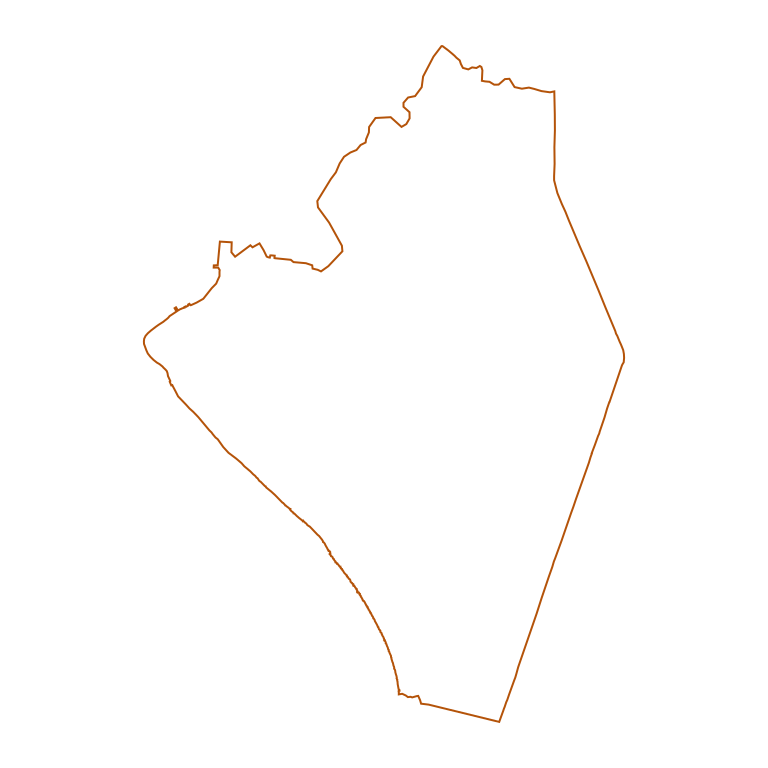 the district of Mjini, Zanzibar West, United Republic of Tanzania
{"feature_id": "72390352B88201413510937", "entity_name": "Mjini", "entity_type": "district", "adm_level": 2, "iso_a3": "TZA", "parent_name": "United Republic of Tanzania", "parent_adm1": "Zanzibar West", "projection": "albers", "projection_center": [39.207, -6.167], "detail": "fine", "context": "isolated", "style": "outline", "palette": "amber", "viewbox_px": 768, "rotation_deg": 0, "n_neighbors": 0, "source": "geoboundaries", "source_scale": "gbopen_adm2", "svg_char_len": 6009}
<svg xmlns="http://www.w3.org/2000/svg" viewBox="0 0 768 768"><path d="M442.5,46.1L441.5,46.1L433.5,56.6L423.1,76.5L421.7,87.2L415.1,96.1L408.1,97.5L403.5,102.8L403.5,106.8L409.5,112.2L409.6,118.4L406.3,124.1L401.5,126.9L390.7,117.2L375.5,118.0L369.1,127.0L368.9,132.4L366.1,139.2L365.6,142.5L360.6,145.0L356.5,150.0L350.4,152.5L344.0,156.8L339.7,163.4L335.9,172.3L330.8,179.1L317.3,201.1L318.0,207.4L329.1,222.6L341.9,245.7L342.4,251.3L328.3,266.2L321.0,271.4L317.7,269.8L312.6,268.6L312.2,265.3L305.9,263.2L293.5,262.1L290.8,259.8L274.8,258.2L274.4,258.0L274.7,255.7L271.7,255.4L270.3,255.4L269.8,257.6L268.0,257.2L266.7,256.6L263.6,250.2L259.5,243.4L252.5,247.3L250.4,245.3L235.1,256.7L231.4,252.3L231.7,242.3L219.9,241.6L217.7,265.2L213.8,265.4L213.7,267.6L218.2,267.6L219.7,270.1L219.5,271.8L219.5,276.2L217.7,280.1L216.2,283.6L211.7,288.2L203.3,298.8L198.9,301.3L196.6,302.6L191.1,305.1L190.5,305.2L189.4,303.8L188.2,304.5L188.5,305.1L188.1,305.7L186.3,306.7L185.9,306.3L184.4,307.0L184.6,307.6L182.1,308.4L181.3,308.8L180.2,309.2L178.0,310.5L176.0,307.3L174.6,308.2L176.5,311.5L169.6,316.1L168.3,317.7L166.6,319.2L165.0,320.4L163.3,321.8L158.6,324.8L155.8,326.8L151.0,330.5L147.9,333.2L145.6,335.8L144.2,338.7L143.9,341.2L144.0,343.9L146.4,350.4L147.8,353.5L150.3,356.7L153.5,359.9L156.9,362.6L159.5,364.1L162.6,366.6L163.3,367.5L165.6,369.7L166.8,371.1L167.5,373.1L168.0,376.1L170.3,381.0L169.7,381.7L171.3,385.4L172.3,385.1L172.7,386.0L175.3,390.9L178.1,396.4L185.9,404.5L189.4,408.4L193.3,411.9L198.2,417.0L209.4,430.4L211.5,432.4L212.7,434.1L215.5,437.5L217.7,439.2L223.3,447.1L228.5,452.8L236.1,458.5L241.6,463.2L244.3,466.3L250.4,471.4L253.2,474.3L255.2,475.9L256.6,477.7L257.5,478.2L259.1,480.6L259.8,481.3L260.5,481.6L265.0,486.2L265.7,486.4L266.1,487.4L271.5,491.8L275.1,495.1L282.5,502.7L283.1,502.9L284.8,504.7L285.2,505.4L285.7,505.5L286.4,506.2L288.6,507.8L289.6,508.8L290.3,508.9L290.1,509.7L290.6,510.0L291.2,511.0L293.2,512.5L293.5,513.4L294.3,513.5L297.0,516.2L298.0,517.0L298.6,517.6L301.9,520.2L302.4,520.7L303.0,520.6L303.0,521.4L304.0,521.5L305.3,522.9L306.3,523.5L307.2,524.9L308.4,525.8L309.8,526.6L317.5,534.7L319.1,536.0L322.1,539.8L322.9,541.1L323.0,542.0L323.9,542.5L324.8,543.7L325.6,545.5L327.3,548.4L327.9,549.8L328.3,549.9L328.6,551.0L329.5,551.1L330.2,552.0L330.2,552.9L330.3,553.3L329.7,553.5L329.6,554.2L330.0,554.6L330.4,554.7L330.7,555.1L331.0,556.1L331.4,556.1L332.6,557.2L333.0,558.6L333.6,558.9L333.9,559.1L334.3,560.3L335.5,561.5L335.3,562.0L335.5,562.5L336.0,562.6L336.6,562.9L336.9,563.5L337.2,563.5L337.2,564.0L337.9,564.2L338.3,564.6L338.6,565.2L339.0,565.6L339.4,566.3L339.9,566.8L340.4,566.7L340.5,567.5L340.7,568.0L341.0,568.0L341.2,568.6L341.4,568.9L342.0,569.0L342.1,569.6L342.5,569.9L342.5,570.4L343.2,571.0L344.1,572.7L346.3,575.0L346.7,575.9L347.0,575.8L347.1,576.4L347.5,576.7L347.6,577.2L347.9,577.2L348.1,577.3L348.7,578.6L349.0,578.9L349.6,579.1L349.8,579.3L350.3,580.2L350.4,580.8L350.4,581.3L350.6,581.8L351.1,582.2L351.3,582.6L351.8,582.8L352.1,583.0L352.2,583.5L352.8,584.1L353.3,584.1L353.5,584.7L353.2,585.3L353.3,585.7L353.4,585.9L354.3,585.9L354.6,586.2L355.2,587.5L356.7,589.0L356.4,589.4L356.7,589.8L357.3,590.6L357.0,592.0L357.3,592.5L357.8,592.7L358.6,592.3L358.9,592.6L359.3,593.3L359.4,594.0L359.9,594.0L359.9,594.5L359.8,594.9L360.0,595.1L360.4,595.6L360.7,595.7L360.8,596.1L360.8,596.7L361.6,597.5L361.8,598.2L362.1,598.6L362.2,599.0L362.7,599.5L362.7,600.0L362.8,600.5L363.3,600.9L363.9,601.0L364.2,601.5L364.4,601.9L364.7,602.1L365.1,603.1L365.6,603.9L365.7,604.4L366.0,604.7L366.3,605.6L366.7,605.7L367.0,606.3L367.2,606.9L367.5,606.9L367.6,607.0L367.4,607.3L367.7,607.6L367.7,607.8L367.9,607.9L368.0,608.3L368.3,608.6L368.6,609.7L369.3,610.3L369.7,611.4L370.0,611.6L370.0,612.0L370.4,612.9L370.8,612.9L370.9,613.4L371.1,613.9L371.5,614.3L372.0,615.8L372.7,616.4L373.3,617.9L373.3,618.4L373.8,618.6L374.7,620.1L374.8,620.9L376.4,623.7L377.3,625.4L377.9,627.0L378.3,627.1L378.7,628.4L379.0,629.3L379.6,629.8L379.7,630.1L380.3,630.6L380.3,631.7L380.5,632.2L381.4,632.8L381.7,634.1L382.1,634.4L382.1,635.0L382.3,635.4L382.6,636.0L383.2,636.7L383.7,638.0L383.8,638.5L384.0,638.6L384.0,639.0L384.3,639.8L384.9,640.2L384.9,640.6L384.6,640.8L385.2,641.2L385.8,642.5L385.7,643.4L385.9,643.6L386.0,643.7L386.5,644.2L386.7,645.2L387.2,646.5L387.7,647.3L388.2,649.4L388.7,649.8L388.7,651.1L389.0,651.3L389.2,651.5L389.4,652.5L390.5,654.9L391.0,655.9L391.0,656.9L391.2,657.6L391.4,657.7L391.5,658.9L392.5,662.2L392.9,662.9L393.3,664.7L393.5,665.8L393.9,666.4L394.2,667.6L394.1,668.6L394.3,669.0L394.5,669.1L395.0,670.0L395.2,670.8L395.4,672.6L395.7,673.5L395.9,674.4L396.4,675.7L396.8,677.7L396.6,678.3L396.9,678.8L397.0,679.4L397.3,679.7L397.2,680.8L397.5,681.4L397.7,684.2L398.6,689.1L399.4,689.9L399.5,690.7L398.7,690.8L398.6,691.5L398.9,693.0L398.8,693.4L398.8,694.4L402.2,693.8L405.8,695.5L407.9,697.1L410.6,696.8L412.2,697.4L416.8,696.1L418.2,695.9L420.1,700.2L421.1,703.7L428.6,704.6L499.2,721.9L503.3,710.6L504.0,708.5L504.6,707.1L506.3,702.0L507.2,700.1L509.1,694.5L514.1,680.6L515.3,677.5L516.4,673.7L518.2,667.1L536.6,613.7L541.6,598.1L548.9,576.5L552.3,566.9L553.9,561.4L555.0,558.7L561.6,540.6L571.1,513.0L573.4,506.7L576.0,499.0L588.9,462.7L590.5,457.3L591.9,453.4L591.7,453.3L594.9,444.9L598.1,435.9L599.2,433.6L599.7,431.6L604.5,417.5L607.1,408.5L609.3,402.1L609.5,402.1L621.8,365.8L622.3,364.6L623.7,362.3L624.1,357.9L623.9,354.0L623.2,350.1L621.0,344.6L619.6,341.6L617.3,335.9L616.0,333.6L615.3,331.1L605.5,307.6L598.7,290.8L586.3,261.2L579.8,246.4L568.9,220.5L565.4,211.7L561.9,204.1L557.4,193.1L554.1,180.3L554.1,176.2L554.6,164.0L554.4,147.3L554.9,130.5L554.8,114.6L554.3,91.4L550.0,92.3L541.5,91.1L534.1,88.9L528.9,87.6L521.9,88.7L514.6,87.1L509.4,78.8L504.9,79.1L498.6,84.6L494.2,84.7L489.5,81.8L485.1,81.4L481.9,80.8L482.4,70.3L481.4,67.0L479.8,66.0L476.4,68.0L472.1,67.4L468.3,69.4L462.9,67.9L460.9,64.0L459.7,60.4L456.4,57.7L454.5,55.7L448.5,50.6L442.5,46.1Z" fill="none" stroke="#b45309" stroke-width="2"/></svg>